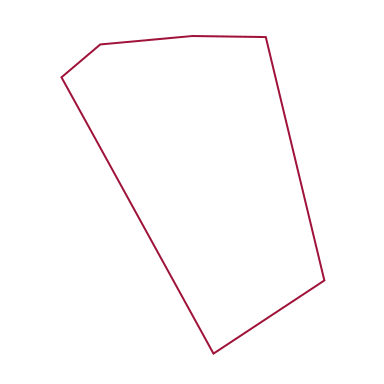 map outline of Vacoas-Phoenix (Robinson projection), rotated 94°
{"feature_id": "MUS-5196", "entity_name": "Vacoas-Phoenix", "entity_type": "City", "adm_level": 1, "iso_a3": "MUS", "parent_name": "Mauritius", "parent_adm1": "", "projection": "robinson", "projection_center": [57.481, -20.303], "detail": "fine", "context": "isolated", "style": "outline", "palette": "rose", "viewbox_px": 384, "rotation_deg": 94, "n_neighbors": 0, "source": "natural_earth", "source_scale": "10m", "svg_char_len": 255}
<svg xmlns="http://www.w3.org/2000/svg" viewBox="0 0 384 384"><g transform="rotate(94 192 192)"><path d="M86.7,330.2L51.2,293.8L36.4,202.8L32.3,129.2L271.0,53.8L351.7,159.3L142.1,294.4L86.7,330.2Z" fill="none" stroke="#9f1239" stroke-width="2"/></g></svg>